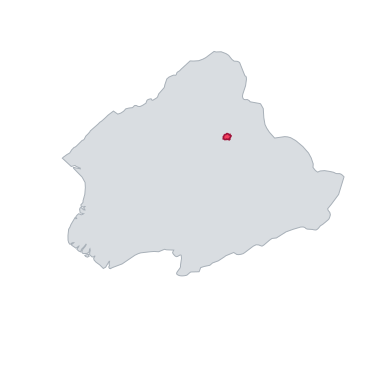 Rogo, Kano, Nigeria shown in context, rotated 46°
{"feature_id": "59680162B53174064204838", "entity_name": "Rogo", "entity_type": "district", "adm_level": 2, "iso_a3": "NGA", "parent_name": "Nigeria", "parent_adm1": "Kano", "projection": "equal_earth", "projection_center": [7.869, 11.51], "detail": "fine", "context": "in_parent", "style": "filled", "palette": "rose", "viewbox_px": 384, "rotation_deg": 46, "n_neighbors": 0, "source": "geoboundaries", "source_scale": "gbopen_adm2", "svg_char_len": 5112}
<svg xmlns="http://www.w3.org/2000/svg" viewBox="0 0 384 384"><g transform="rotate(46 192 192)"><path d="M286.7,72.1L295.6,88.2L297.6,100.2L298.3,106.1L299.8,106.8L302.5,107.1L304.5,108.3L305.7,110.3L306.5,112.1L306.6,113.2L306.1,120.4L305.5,123.0L305.9,126.5L305.8,128.0L305.5,129.1L304.3,130.3L302.6,131.4L298.7,134.9L297.5,135.4L295.9,135.5L294.4,136.3L292.7,138.2L289.1,145.1L286.0,152.0L283.7,163.2L281.0,166.7L280.5,169.8L280.1,176.8L279.7,178.9L279.2,179.5L276.3,180.9L274.5,182.5L273.5,185.6L272.2,196.4L271.8,198.2L270.8,200.1L269.3,202.1L268.0,203.2L264.5,204.0L261.3,212.1L261.2,213.5L259.8,220.9L257.3,226.5L257.1,230.1L254.0,235.0L252.4,238.3L254.1,241.8L254.2,242.4L248.8,248.3L248.5,249.2L248.3,253.3L247.8,254.3L246.8,255.8L245.4,257.5L243.9,258.8L242.2,259.7L240.6,260.0L239.7,259.5L239.2,258.2L238.3,253.2L237.8,252.2L236.7,251.2L232.5,245.7L230.0,243.7L229.5,243.9L229.0,244.4L228.3,247.2L227.6,248.2L226.3,248.6L224.0,248.6L222.3,248.2L221.9,247.7L221.1,245.5L215.9,250.5L214.1,251.6L211.8,257.5L208.5,260.5L206.3,263.1L200.2,271.1L199.0,273.5L197.8,277.1L195.2,292.2L191.1,301.7L190.5,303.8L190.3,303.7L189.7,304.5L188.1,304.0L187.4,302.2L186.4,301.9L184.6,299.4L184.3,299.8L186.1,306.3L185.4,308.9L180.3,309.0L175.9,309.8L172.9,309.7L171.4,308.8L170.7,306.4L170.4,306.6L170.3,307.9L169.3,309.0L165.9,309.2L164.4,307.5L163.2,305.6L161.9,304.8L162.1,305.6L163.6,307.4L163.4,310.0L160.7,313.1L159.0,313.2L157.9,311.9L157.3,309.8L157.0,306.6L156.3,304.5L155.9,304.5L156.4,308.0L156.4,311.2L157.7,313.7L155.7,314.5L153.3,314.6L153.0,313.6L152.7,311.6L152.3,311.0L151.8,314.5L146.9,315.5L146.2,315.4L146.1,314.7L146.4,313.7L146.3,312.2L145.3,313.4L145.1,315.8L144.5,316.2L142.6,315.8L140.5,314.6L137.2,311.5L133.1,306.6L132.5,304.3L131.3,301.6L129.2,294.0L129.6,293.7L130.5,294.1L131.0,293.4L129.3,292.9L129.0,292.3L128.8,290.6L128.9,288.6L131.5,287.5L132.1,286.3L132.4,285.0L129.3,286.9L126.3,284.8L125.7,283.5L126.0,282.5L129.4,282.4L130.6,281.5L129.9,281.1L128.6,281.2L128.1,280.5L128.2,279.0L127.7,279.3L127.2,280.7L125.2,281.7L124.0,280.7L123.9,278.4L123.6,277.4L122.7,276.6L119.2,270.7L114.8,265.7L110.9,262.3L105.0,260.7L92.7,260.7L92.0,260.3L92.7,259.5L93.8,259.0L97.8,256.2L97.1,255.8L93.0,257.6L91.6,257.7L89.8,261.1L77.6,261.8L77.6,260.3L78.2,255.9L79.0,252.9L78.1,249.2L78.0,245.9L78.5,244.9L78.7,243.6L78.6,235.1L79.2,233.9L79.2,233.0L78.0,229.4L78.0,226.6L77.8,223.9L77.4,222.7L77.9,212.4L77.8,209.8L78.2,208.0L78.4,203.5L78.4,199.1L79.2,192.3L84.4,191.3L85.7,188.6L86.4,185.2L86.2,181.8L87.9,178.9L90.0,176.2L89.9,173.4L90.5,172.5L91.4,171.8L92.8,171.5L94.4,170.0L95.3,167.5L96.1,163.5L94.8,160.7L94.8,160.1L95.3,158.6L96.2,157.1L96.8,156.6L98.3,157.0L98.8,156.4L99.8,151.9L99.7,150.7L98.3,147.8L97.6,139.7L97.2,138.7L96.1,137.2L93.2,131.6L93.3,128.9L94.5,125.5L95.3,123.8L96.5,122.9L96.7,122.1L96.4,121.1L95.8,120.4L95.7,118.9L96.2,116.7L96.1,114.4L96.4,102.3L98.8,100.0L102.2,96.0L104.0,91.9L104.9,88.8L106.2,78.5L108.0,77.4L111.4,73.6L116.1,71.4L119.1,70.7L124.4,71.2L127.1,70.8L129.4,68.7L130.4,68.2L131.9,67.8L145.1,73.2L146.3,72.9L147.3,73.3L148.9,74.7L152.8,79.7L156.9,87.5L158.1,89.1L159.4,90.0L160.7,90.4L161.7,90.2L162.6,89.5L163.9,88.0L165.9,87.4L167.5,87.5L175.7,81.6L176.5,81.5L181.5,82.8L188.4,88.7L194.1,92.6L198.0,93.9L202.7,94.8L210.6,95.1L216.6,86.8L218.8,84.9L221.5,83.3L227.0,81.7L236.3,80.7L244.9,81.1L250.3,82.6L256.0,85.3L258.4,87.9L262.3,88.3L265.0,87.8L265.9,85.2L268.7,81.8L272.8,78.7L276.1,76.5L278.9,75.5L281.4,73.0L283.3,72.2L286.7,72.1ZM166.2,312.5L164.4,313.3L163.1,313.1L164.8,309.7L165.7,310.4L166.8,310.7L166.2,312.5Z" fill="#d9dde1" stroke="#a8b0b8" stroke-width="1"/><path d="M176.0,132.2L176.3,132.1L176.5,132.2L176.8,132.0L177.0,132.0L177.0,131.9L177.3,131.8L177.4,131.7L177.5,131.6L177.5,131.4L177.6,131.2L177.8,131.0L177.7,130.9L177.7,130.7L177.7,130.8L177.7,130.7L177.8,130.7L178.0,130.6L177.9,130.6L178.0,130.6L178.2,130.4L178.3,130.4L178.3,130.2L178.5,130.1L178.6,129.9L178.8,129.7L179.0,129.7L179.1,129.4L179.3,129.4L179.5,129.3L179.6,129.2L179.8,129.1L180.0,129.1L180.3,129.1L180.4,128.9L180.2,128.7L180.3,128.4L180.3,128.0L180.3,127.9L180.2,127.9L180.2,128.0L179.9,127.9L179.7,127.9L179.5,127.7L179.4,127.7L179.4,127.4L179.4,127.2L179.4,126.9L179.3,126.7L179.3,126.4L179.2,126.3L179.2,126.1L178.9,125.9L178.9,125.7L178.9,125.2L178.9,124.9L178.7,124.8L178.4,124.9L178.5,125.1L178.3,125.1L178.2,125.2L177.8,125.0L177.7,125.0L177.7,124.9L177.4,124.9L177.2,124.8L177.2,125.0L176.9,125.1L176.7,125.3L176.7,125.5L176.5,125.4L176.4,125.4L176.2,125.3L175.9,125.5L175.7,125.6L175.3,125.6L175.1,125.7L174.9,125.8L174.7,125.9L174.7,126.1L174.4,126.2L174.4,126.3L174.2,126.4L174.1,126.5L174.1,126.8L174.2,127.0L174.3,127.0L174.2,127.6L174.0,127.9L174.0,128.0L173.6,128.3L173.6,128.5L173.6,129.1L173.5,129.3L173.7,129.5L173.8,129.8L173.9,130.1L173.9,130.6L173.9,130.8L174.0,130.8L174.4,131.1L174.6,131.5L174.8,131.7L174.9,131.8L175.0,131.9L175.0,132.0L174.9,132.1L175.0,132.2L175.3,132.0L175.4,132.3L175.5,132.3L175.6,132.5L175.7,132.4L175.8,132.3L175.8,132.2L176.0,132.2L176.0,132.2Z" fill="#f43f5e" stroke="#9f1239" stroke-width="1.5"/></g></svg>